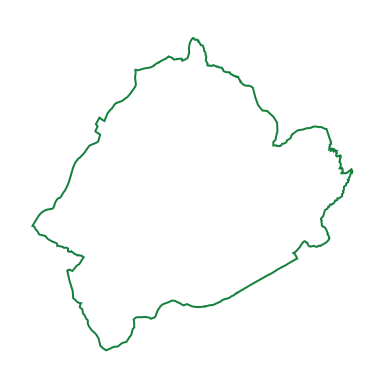 the district of Gura Vaii, Bacau, Romania, rotated 87°
{"feature_id": "2599482B95523815467969", "entity_name": "Gura Vaii", "entity_type": "district", "adm_level": 2, "iso_a3": "ROU", "parent_name": "Romania", "parent_adm1": "Bacau", "projection": "natural_earth1", "projection_center": [26.849, 46.295], "detail": "fine", "context": "isolated", "style": "outline", "palette": "green", "viewbox_px": 384, "rotation_deg": 87, "n_neighbors": 0, "source": "geoboundaries", "source_scale": "gbopen_adm2", "svg_char_len": 5850}
<svg xmlns="http://www.w3.org/2000/svg" viewBox="0 0 384 384"><g transform="rotate(87 192 192)"><path d="M340.7,291.6L343.6,288.8L344.5,287.5L345.4,286.5L345.6,286.1L344.7,283.4L342.9,279.1L342.5,277.7L342.4,274.2L339.4,270.0L338.9,268.6L338.2,265.4L336.4,263.9L333.9,262.3L331.9,260.3L325.8,258.4L324.2,256.8L320.4,256.6L316.1,256.9L314.4,254.5L314.1,253.1L314.4,250.1L314.3,244.9L315.4,240.8L316.4,239.8L315.2,235.7L314.3,235.0L308.6,232.6L305.0,229.9L302.9,227.6L302.1,225.5L301.0,221.7L299.6,218.3L299.4,217.5L299.5,216.2L299.9,214.4L301.5,212.1L302.1,210.5L302.8,209.2L303.6,208.6L304.7,206.3L303.7,202.8L306.2,198.0L307.0,194.0L307.3,190.4L307.1,185.2L306.8,184.1L306.7,184.2L306.7,183.1L306.0,180.5L306.0,177.2L305.8,176.6L302.6,168.6L302.1,168.2L301.1,166.4L299.8,160.6L298.3,158.3L297.3,155.6L295.3,153.2L295.6,152.8L295.2,151.9L294.5,151.4L294.3,150.6L292.5,147.5L292.0,146.0L290.6,144.0L290.6,143.5L288.1,138.9L279.3,121.2L277.3,116.6L273.5,109.9L269.4,101.0L268.9,100.4L264.5,91.8L264.0,90.4L260.9,91.7L259.6,92.5L258.2,94.0L257.3,91.9L255.8,90.3L252.6,87.1L251.3,86.4L248.4,84.1L247.1,82.5L247.2,81.5L248.7,80.4L248.6,79.6L251.8,78.4L252.5,77.6L252.4,76.8L252.7,76.2L252.2,73.5L253.2,70.7L253.1,69.3L252.2,68.2L252.6,66.7L252.6,66.4L251.7,65.5L251.3,64.1L249.3,60.4L247.5,58.5L245.5,57.2L244.8,57.7L243.8,57.4L242.7,57.9L241.3,59.0L240.0,58.6L238.5,59.3L237.5,59.5L235.1,60.7L233.4,62.3L233.4,63.3L231.9,64.2L230.6,63.9L228.6,64.4L227.3,63.9L226.0,64.7L225.4,64.6L224.8,64.2L223.5,62.7L222.1,61.9L217.2,60.2L216.3,58.9L216.0,58.0L215.4,57.4L213.8,56.7L213.9,55.7L212.3,55.1L211.7,54.6L211.6,53.6L211.9,53.3L211.8,53.1L210.9,51.4L209.1,49.9L208.1,49.6L207.9,49.4L208.0,48.2L207.4,47.3L205.9,47.1L206.0,45.3L205.2,44.4L204.9,43.5L203.8,42.1L202.1,42.4L201.1,41.3L200.3,40.8L198.9,41.2L198.5,40.5L197.4,40.2L194.7,40.0L193.6,38.2L192.6,37.6L192.1,37.7L191.3,37.3L190.7,36.0L190.2,35.5L189.8,35.3L188.4,35.6L188.6,35.2L188.3,34.7L187.9,34.7L187.7,34.9L185.8,34.3L183.7,33.1L180.6,32.2L180.5,31.8L181.1,31.1L180.7,30.9L179.2,30.9L178.3,31.4L177.6,31.6L179.2,33.9L180.6,35.5L180.6,35.9L181.3,36.9L181.1,38.0L181.4,39.0L181.1,39.5L180.9,40.6L181.2,40.7L181.2,41.9L180.7,41.9L179.7,40.5L178.8,40.3L178.4,40.6L176.7,40.4L176.0,40.9L176.3,42.1L175.7,41.9L175.6,42.0L175.7,43.1L174.2,42.2L171.9,42.0L170.3,42.4L170.1,42.9L169.4,43.2L167.7,42.5L166.2,42.7L165.8,42.5L165.7,41.9L165.3,41.7L163.9,41.5L163.3,41.9L163.6,42.4L163.4,42.7L163.7,43.0L163.8,44.2L164.1,44.9L163.9,45.8L162.9,46.1L162.1,45.9L161.9,46.0L161.4,45.5L160.1,45.3L159.5,46.3L158.4,45.4L158.3,47.3L157.3,47.3L157.0,48.0L156.6,48.0L156.5,48.3L157.6,48.6L157.0,48.8L157.4,49.3L157.7,49.2L157.9,50.1L157.7,49.9L156.6,49.6L155.9,50.3L156.0,50.6L156.9,51.4L157.0,52.8L154.2,52.4L154.0,52.0L152.1,52.0L151.8,51.0L150.8,50.6L150.3,50.6L149.8,51.1L148.7,50.6L146.6,51.5L136.1,54.4L136.1,55.5L133.8,59.7L133.9,61.4L133.2,64.2L133.0,67.1L134.4,70.9L134.2,72.6L134.6,75.2L135.5,78.3L135.9,83.1L139.7,88.9L141.1,89.9L143.1,90.5L143.9,91.4L145.3,94.3L147.3,95.3L148.4,97.4L148.6,99.5L150.4,100.9L150.7,101.7L150.7,103.2L150.4,104.8L149.8,105.5L149.8,108.4L146.2,108.1L144.1,105.8L141.1,105.1L135.6,103.5L127.2,103.4L120.9,106.9L115.0,112.8L114.3,117.5L108.6,121.5L100.4,123.9L91.2,125.7L90.0,127.0L88.7,129.8L88.8,131.6L88.2,133.9L87.0,135.6L84.5,138.0L84.1,137.5L81.6,139.1L79.9,139.8L79.4,139.8L79.2,140.4L79.5,141.9L78.4,142.5L78.2,144.0L77.8,144.8L77.0,145.3L76.6,146.9L74.6,147.9L74.9,148.6L74.2,149.7L74.1,151.5L73.4,153.5L72.5,154.3L71.5,154.5L71.4,154.9L69.8,155.3L69.6,155.5L69.3,156.5L69.4,157.2L68.8,158.3L68.8,159.1L68.1,159.7L68.3,160.6L67.5,161.4L67.4,162.4L66.7,163.3L66.5,163.8L66.4,164.3L66.9,165.0L67.2,166.2L66.7,167.1L66.6,167.7L66.8,168.4L66.6,169.6L65.8,170.1L64.9,169.6L62.2,171.0L60.8,171.3L57.6,170.6L55.6,171.3L53.3,171.3L51.7,172.5L49.8,172.5L46.7,173.4L46.3,173.8L45.9,175.3L45.4,175.4L44.3,176.3L42.8,176.9L42.6,177.6L41.1,177.7L41.2,178.4L40.1,179.0L40.2,180.6L40.0,181.3L39.6,181.7L38.7,181.9L38.4,182.4L38.5,183.3L40.1,184.7L42.9,186.3L48.0,187.6L51.7,187.5L54.1,187.8L54.8,188.3L57.6,189.2L58.3,189.9L58.8,190.8L60.1,193.8L60.3,195.0L58.7,195.1L58.3,195.5L58.3,197.7L58.7,202.0L58.9,202.6L58.2,203.9L56.9,204.7L55.8,207.8L55.4,208.3L57.1,210.4L59.7,216.5L60.8,217.9L60.6,218.5L61.4,219.3L61.8,220.9L62.5,221.6L63.5,223.4L63.9,223.4L64.7,225.2L64.9,225.4L65.6,227.9L66.1,233.2L67.6,239.3L67.1,242.1L70.0,242.0L74.6,242.9L81.2,242.4L82.8,242.7L84.2,243.4L90.8,248.7L93.9,251.6L94.9,253.5L97.0,256.4L97.8,258.3L99.3,263.2L100.6,264.8L104.6,267.8L106.0,269.6L109.1,272.3L116.5,275.7L115.9,276.9L112.9,280.5L119.2,284.4L121.1,283.1L121.7,282.9L126.0,285.3L126.8,285.0L129.8,280.7L135.3,282.5L137.0,283.3L138.3,286.3L139.9,291.2L141.3,292.9L147.1,297.3L151.3,301.6L153.0,304.0L156.6,307.1L161.0,309.3L175.8,314.5L180.3,316.7L184.1,318.9L185.8,320.5L189.4,322.8L190.7,323.9L191.6,326.3L192.6,327.4L194.9,328.9L197.0,329.9L198.9,330.4L200.7,331.4L201.5,332.8L202.0,337.6L202.8,340.0L203.9,342.2L205.5,344.2L207.5,346.2L217.5,353.1L218.0,351.9L218.8,351.1L221.4,350.0L221.6,349.6L224.2,347.8L225.9,347.2L226.8,345.9L227.9,341.5L228.7,340.5L231.1,338.6L232.1,337.4L234.4,333.7L235.5,330.9L236.2,329.9L236.8,329.4L238.8,329.3L238.6,328.8L240.2,323.6L241.1,322.8L240.9,320.8L241.7,319.0L242.1,318.6L243.2,318.9L244.8,318.9L245.4,316.5L244.8,315.6L247.7,312.5L248.4,310.9L249.4,309.8L249.1,308.9L249.2,308.1L249.6,307.4L249.9,305.5L251.4,303.6L258.2,308.4L259.1,310.3L260.0,311.4L264.6,315.6L263.1,318.6L263.8,319.6L263.6,320.2L264.0,320.7L274.0,319.0L284.7,316.3L291.8,316.2L293.9,314.0L295.9,312.3L297.2,309.7L297.3,308.7L297.8,309.1L300.6,310.1L301.5,309.9L303.4,307.6L307.4,307.3L309.1,305.9L313.3,304.1L314.2,303.1L314.9,302.8L318.1,302.9L320.7,302.0L324.5,299.6L328.2,296.0L329.7,294.9L333.2,293.0L340.7,291.6Z" fill="none" stroke="#15803d" stroke-width="2"/></g></svg>